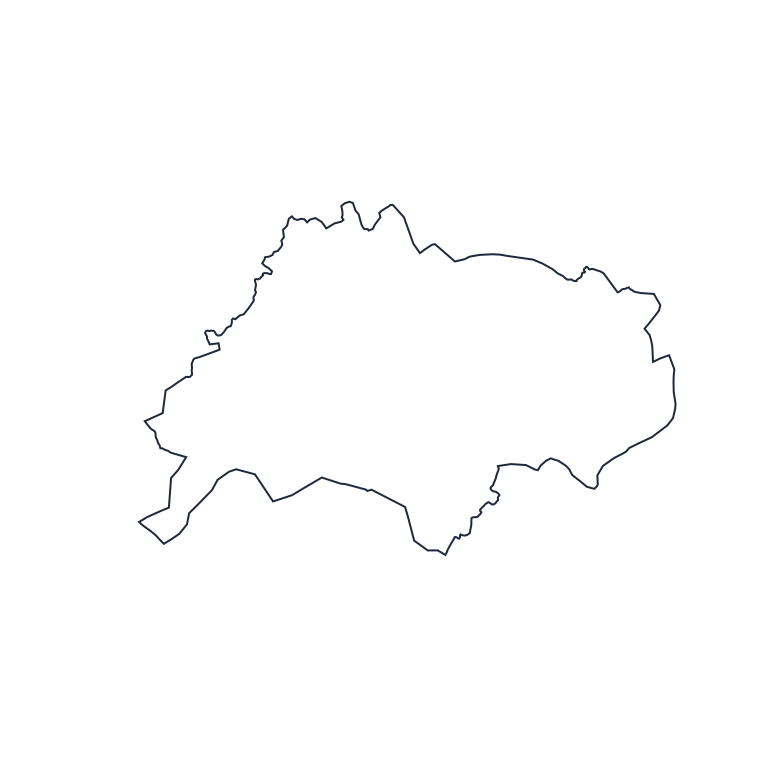 Fakai, Kebbi, Nigeria, rotated 332°
{"feature_id": "59680162B55504856664882", "entity_name": "Fakai", "entity_type": "district", "adm_level": 2, "iso_a3": "NGA", "parent_name": "Nigeria", "parent_adm1": "Kebbi", "projection": "mercator", "projection_center": [4.84, 11.54], "detail": "fine", "context": "isolated", "style": "outline", "palette": "slate", "viewbox_px": 768, "rotation_deg": 332, "n_neighbors": 0, "source": "geoboundaries", "source_scale": "gbopen_adm2", "svg_char_len": 5014}
<svg xmlns="http://www.w3.org/2000/svg" viewBox="0 0 768 768"><g transform="rotate(332 384 384)"><path d="M103.0,390.8L103.8,393.5L105.4,397.2L106.7,399.8L109.1,404.7L110.6,408.3L111.7,411.1L112.6,415.0L114.5,421.7L122.8,421.3L125.0,421.1L133.0,420.2L144.2,415.4L151.3,406.6L165.2,402.4L182.4,396.9L192.0,390.5L206.0,388.7L213.4,389.9L227.6,403.1L228.3,409.6L230.9,435.6L250.5,439.0L265.9,438.2L282.7,437.5L285.2,437.4L299.0,451.7L299.8,452.2L303.3,454.6L318.4,468.7L319.1,470.7L323.3,471.4L344.9,502.5L342.9,512.1L337.1,536.5L344.5,551.5L353.4,556.2L357.9,563.7L360.0,562.4L362.5,560.2L364.2,559.1L366.1,557.8L369.4,555.7L372.4,554.0L374.5,552.4L375.5,552.8L376.3,553.7L376.9,555.0L377.9,555.9L379.0,555.1L380.2,553.2L381.0,552.8L381.6,553.7L382.6,554.6L384.2,555.8L386.7,556.3L389.8,555.9L391.9,553.1L393.9,550.8L395.5,548.5L395.5,548.4L396.5,546.5L397.0,545.7L398.4,543.4L399.6,543.4L401.2,543.9L402.7,544.8L404.3,545.2L406.4,544.4L408.0,544.1L409.2,543.3L409.8,542.9L409.3,541.1L409.5,540.9L409.9,540.0L411.4,539.6L412.7,539.1L414.7,538.6L417.2,537.6L418.6,537.5L420.7,537.3L421.3,538.2L422.1,539.6L422.8,541.1L423.7,541.5L424.0,541.7L426.3,541.7L428.0,540.8L430.0,540.2L430.6,539.0L430.8,538.4L431.9,537.2L433.2,536.6L433.7,536.4L433.7,535.1L433.2,533.6L432.9,533.1L432.5,532.1L431.5,531.1L430.1,530.1L429.2,528.5L428.9,526.8L428.9,526.5L429.9,525.3L432.5,524.6L437.7,520.4L441.3,516.6L444.1,514.2L445.3,513.0L445.7,512.6L445.8,511.1L446.0,509.9L458.5,514.3L471.1,522.1L473.6,525.4L477.1,530.4L479.4,532.3L484.2,529.5L490.9,527.9L496.2,527.9L502.2,534.0L502.7,535.1L506.1,541.4L506.4,542.3L507.5,546.2L507.5,548.7L507.5,552.9L511.5,561.7L514.8,569.9L520.5,575.3L523.9,574.3L525.7,572.9L529.5,564.8L538.9,559.1L552.3,557.4L563.6,557.5L566.1,557.3L570.5,555.6L582.4,556.0L595.6,556.7L614.6,553.6L623.2,549.8L629.9,542.0L629.9,541.9L632.2,538.2L636.0,527.2L640.6,518.1L644.0,512.2L647.3,507.2L649.2,492.4L639.8,491.1L635.0,490.9L631.9,490.7L638.4,477.1L640.2,471.6L641.5,465.6L640.0,457.5L642.0,456.7L646.0,455.1L655.1,451.1L661.1,448.4L665.0,444.1L664.6,431.2L653.2,424.1L648.3,420.0L646.8,417.0L646.0,416.2L645.7,415.0L645.5,413.6L643.6,413.3L641.8,413.2L640.2,412.6L638.7,412.2L637.0,412.7L635.4,413.0L633.3,412.8L629.9,389.5L628.1,386.4L625.7,383.9L624.7,383.0L623.6,381.7L622.5,380.6L621.1,379.8L620.2,379.6L619.0,379.3L618.8,378.8L618.8,377.4L618.5,376.4L617.6,375.5L616.2,376.2L614.9,376.2L614.0,377.0L613.8,378.9L614.1,379.2L613.8,379.6L613.3,379.7L613.1,379.5L612.4,379.3L611.4,378.9L610.1,380.3L608.9,381.6L607.1,382.2L605.3,382.2L603.1,382.6L602.3,383.5L601.0,382.8L599.5,381.5L598.5,379.7L597.8,379.3L596.5,378.8L594.8,377.8L593.5,375.1L592.7,372.7L589.4,368.0L586.7,361.7L580.6,352.2L574.1,344.2L553.4,329.1L547.1,324.2L540.4,320.2L529.0,314.9L519.6,311.8L513.5,311.6L504.1,309.1L494.7,284.5L491.7,283.6L483.0,284.4L479.5,285.0L477.2,285.3L475.8,273.9L479.9,246.2L476.0,230.5L475.4,229.7L474.4,229.4L473.8,228.9L472.7,229.2L470.8,229.4L469.0,229.5L463.5,229.9L460.1,230.7L459.1,235.1L450.8,239.0L446.9,241.8L442.5,241.3L442.4,239.6L440.2,238.6L439.1,237.4L438.9,232.9L440.3,226.6L441.3,222.3L440.3,217.5L441.3,210.9L441.6,209.7L438.9,206.8L434.3,206.0L429.9,206.8L428.6,211.2L426.8,215.3L425.0,217.0L425.3,220.0L422.6,220.6L415.8,219.0L406.1,219.5L405.1,211.7L401.3,205.2L395.4,204.1L392.0,205.2L391.1,201.3L388.4,199.2L384.5,198.5L382.2,196.1L381.3,192.7L377.6,193.4L372.7,198.8L367.2,200.5L365.4,205.2L364.5,207.4L360.7,209.2L359.8,212.9L357.7,214.6L352.5,216.7L348.9,215.7L346.2,217.7L342.4,217.6L338.8,216.2L336.7,218.1L333.2,220.2L334.2,223.7L336.7,227.8L338.0,231.9L335.9,233.9L334.4,233.1L332.9,231.2L331.6,230.7L330.9,230.1L329.5,229.7L328.4,230.1L328.5,230.6L328.0,231.4L327.3,231.4L326.6,231.8L325.7,232.1L325.1,232.0L324.0,232.7L323.1,232.5L321.8,232.5L321.2,232.1L320.6,231.4L319.6,231.1L318.8,231.6L318.4,232.6L317.6,236.3L314.2,240.6L314.0,242.9L311.8,244.8L310.0,245.5L309.0,247.2L308.1,249.3L307.2,249.8L304.8,251.1L299.8,253.6L292.8,256.6L289.0,255.8L284.5,256.6L283.3,257.1L281.5,255.3L279.8,255.9L279.1,257.2L278.0,259.0L275.7,261.0L273.9,260.4L270.9,260.8L267.6,262.7L263.0,264.4L261.2,263.7L259.9,263.1L259.2,261.7L259.0,260.7L259.1,259.8L259.1,259.1L258.9,257.8L258.5,257.0L257.8,256.6L257.2,256.3L256.9,256.0L256.2,255.6L255.4,255.5L254.8,255.3L254.3,255.0L253.5,254.4L253.0,253.9L252.1,253.7L251.3,254.0L250.6,254.3L250.3,254.7L249.9,255.2L249.9,255.7L249.9,256.1L250.1,256.8L250.0,257.7L250.0,258.1L250.0,259.0L249.6,259.7L249.2,260.4L249.1,261.1L248.9,265.4L248.7,267.2L257.1,270.4L255.0,276.5L233.7,273.6L228.7,272.5L226.8,273.2L223.6,276.0L221.9,279.9L220.7,281.5L218.9,285.7L215.7,286.6L212.4,284.8L201.5,285.9L194.6,286.8L188.2,287.2L174.9,305.8L155.3,304.5L156.2,309.7L157.1,314.0L159.2,317.9L159.4,319.4L158.4,321.6L157.5,324.3L157.4,327.4L156.8,329.6L157.1,332.6L156.4,335.7L158.1,336.8L159.7,339.4L162.0,341.7L163.6,344.7L175.0,355.7L161.9,363.3L151.9,367.0L136.0,392.2L130.0,391.5L112.8,390.3L103.0,390.8Z" fill="none" stroke="#1e293b" stroke-width="2"/></g></svg>